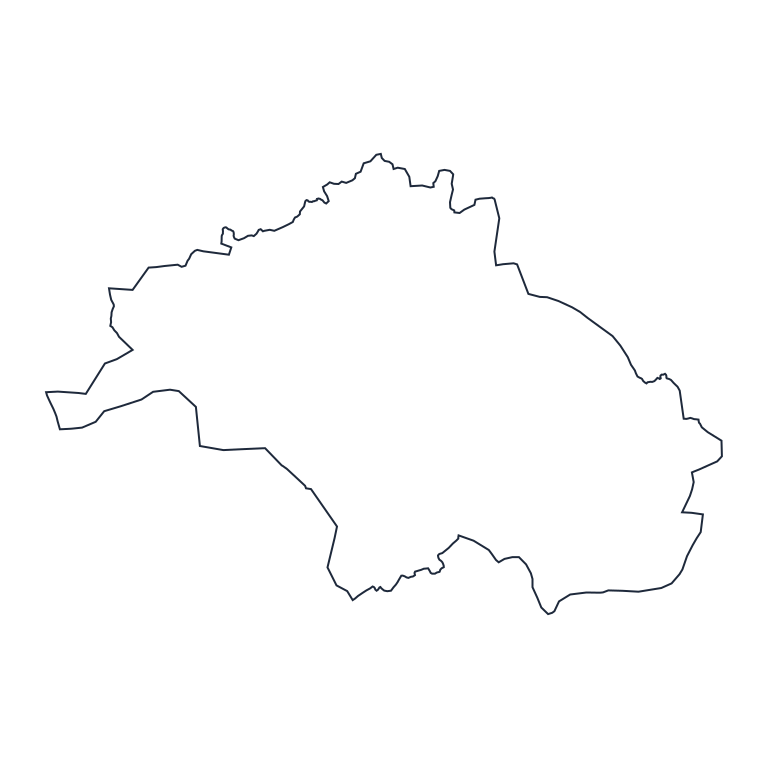 the district of Fakai, Kebbi, Nigeria
{"feature_id": "59680162B55504856664882", "entity_name": "Fakai", "entity_type": "district", "adm_level": 2, "iso_a3": "NGA", "parent_name": "Nigeria", "parent_adm1": "Kebbi", "projection": "mercator", "projection_center": [4.84, 11.54], "detail": "fine", "context": "isolated", "style": "outline", "palette": "slate", "viewbox_px": 768, "rotation_deg": 0, "n_neighbors": 0, "source": "geoboundaries", "source_scale": "gbopen_adm2", "svg_char_len": 4982}
<svg xmlns="http://www.w3.org/2000/svg" viewBox="0 0 768 768"><path d="M46.1,392.2L47.0,395.4L49.0,399.8L50.5,403.0L53.4,408.9L55.2,413.2L56.5,416.6L57.6,421.2L59.9,429.3L69.9,428.8L72.5,428.6L82.1,427.6L95.7,421.8L104.2,411.2L120.9,406.2L141.5,399.5L153.1,391.8L170.0,389.7L178.8,391.1L195.9,406.9L196.7,414.8L199.9,446.0L223.4,450.1L242.0,449.2L262.2,448.3L265.1,448.2L281.7,465.4L282.8,466.0L287.0,469.0L305.1,485.8L306.0,488.3L311.0,489.1L337.0,526.5L334.6,538.0L327.5,567.4L336.5,585.4L347.2,591.1L352.7,600.1L355.1,598.5L358.1,595.9L360.2,594.5L362.4,593.0L366.4,590.4L370.1,588.4L372.6,586.5L373.8,587.0L374.7,588.0L375.4,589.7L376.6,590.7L378.0,589.7L379.5,587.4L380.4,587.0L381.1,588.0L382.3,589.1L384.2,590.6L387.3,591.2L391.0,590.7L393.5,587.3L395.9,584.6L397.8,581.8L397.8,581.7L399.1,579.4L399.7,578.4L401.3,575.7L402.7,575.6L404.7,576.3L406.5,577.4L408.4,577.9L410.9,576.8L412.9,576.5L414.3,575.6L415.0,575.1L414.5,573.0L414.6,572.7L415.1,571.6L416.9,571.1L418.5,570.6L421.0,569.9L423.9,568.7L425.6,568.6L428.1,568.3L428.8,569.4L429.8,571.1L430.7,572.9L431.7,573.4L432.1,573.7L434.9,573.7L436.9,572.5L439.4,571.9L439.6,571.8L440.1,570.4L440.3,569.7L441.6,568.3L443.2,567.5L443.8,567.2L443.7,565.7L443.1,563.9L442.8,563.2L442.3,562.2L441.1,560.9L439.4,559.7L438.4,557.8L438.0,555.8L438.0,555.4L439.3,554.0L442.3,553.1L448.6,548.0L452.9,543.5L456.3,540.6L457.7,539.2L458.3,538.6L458.3,536.9L458.4,536.7L458.6,535.4L473.6,540.7L488.8,550.0L491.8,554.0L496.0,560.0L498.7,562.3L504.5,558.9L512.5,557.1L518.9,557.1L526.1,564.4L526.8,565.7L530.9,573.3L531.2,574.4L532.5,579.0L532.5,582.1L532.5,587.2L537.3,597.7L541.3,607.5L548.1,614.1L552.2,612.8L554.4,611.2L559.0,601.4L570.2,594.5L586.4,592.5L600.0,592.7L603.0,592.4L608.3,590.4L622.6,590.8L638.5,591.7L661.3,588.0L671.6,583.4L679.7,574.0L679.7,573.9L682.4,569.5L687.0,556.2L692.6,545.3L696.7,538.2L700.7,532.1L702.9,514.4L691.6,512.8L685.9,512.5L682.1,512.3L689.9,496.0L692.1,489.3L693.7,482.1L691.9,472.4L694.3,471.4L699.1,469.5L710.0,464.6L717.2,461.4L721.9,456.3L721.5,440.7L707.8,432.2L701.8,427.3L700.0,423.7L699.0,422.7L698.7,421.3L698.5,419.6L696.2,419.3L694.0,419.1L692.1,418.4L690.3,417.9L688.2,418.5L686.4,418.9L683.7,418.7L679.7,390.6L677.6,386.8L674.6,383.9L673.4,382.7L672.1,381.2L670.9,379.9L669.1,379.0L668.0,378.7L666.7,378.3L666.4,377.7L666.4,376.0L666.0,374.8L665.0,373.8L663.2,374.7L661.7,374.6L660.5,375.6L660.3,377.9L660.7,378.2L660.4,378.7L659.7,378.9L659.5,378.5L658.7,378.4L657.4,377.9L655.9,379.6L654.4,381.1L652.3,381.9L650.2,381.8L647.5,382.3L646.5,383.4L645.0,382.6L643.2,381.0L642.0,378.9L641.1,378.3L639.6,377.7L637.5,376.5L635.9,373.3L634.9,370.5L631.0,364.8L627.8,357.2L620.4,345.7L612.6,336.1L587.7,318.0L580.1,312.0L572.1,307.3L558.4,301.0L547.1,297.2L539.8,296.9L528.4,293.9L517.1,264.4L513.6,263.3L503.1,264.2L498.8,264.9L496.1,265.3L494.4,251.6L499.3,218.3L494.6,199.4L493.9,198.5L492.7,198.1L492.0,197.5L490.7,197.8L488.3,198.1L486.2,198.2L479.6,198.7L475.5,199.7L474.4,204.9L464.3,209.6L459.6,213.0L454.4,212.4L454.2,210.4L451.5,209.2L450.3,207.8L450.0,202.2L451.7,194.7L453.0,189.5L451.7,183.8L453.0,175.9L453.2,174.3L450.0,170.9L444.5,169.9L439.2,170.9L437.7,176.2L435.4,181.2L433.3,183.1L433.7,186.8L430.4,187.5L422.2,185.5L410.6,186.2L409.3,176.8L404.8,169.0L397.7,167.7L393.6,169.0L392.5,164.3L389.2,161.8L384.6,160.9L381.8,158.0L380.8,153.9L376.3,154.8L370.4,161.3L363.7,163.3L361.6,169.0L360.6,171.7L355.9,173.8L354.9,178.2L352.4,180.3L346.2,182.9L341.7,181.6L338.5,184.0L334.0,183.8L329.7,182.3L327.2,184.5L322.9,187.0L324.1,191.3L327.1,196.1L328.7,201.1L326.2,203.5L324.4,202.6L322.5,200.3L321.0,199.6L320.1,198.9L318.5,198.5L317.1,198.9L317.3,199.5L316.7,200.4L315.8,200.5L315.0,200.9L313.9,201.3L313.2,201.2L311.9,202.0L310.8,201.8L309.2,201.8L308.4,201.3L307.7,200.4L306.6,200.1L305.6,200.8L305.1,202.0L304.1,206.4L300.0,211.5L299.8,214.3L297.2,216.6L295.0,217.5L293.8,219.5L292.8,222.0L291.7,222.6L288.8,224.2L282.8,227.1L274.3,230.8L269.8,229.8L264.4,230.8L262.9,231.3L260.7,229.2L258.7,229.9L257.8,231.6L256.5,233.7L253.8,236.1L251.7,235.4L248.0,235.8L244.0,238.2L238.5,240.2L236.3,239.3L234.7,238.6L233.9,236.9L233.6,235.7L233.8,234.6L233.8,233.8L233.6,232.2L233.1,231.2L232.3,230.8L231.5,230.5L231.1,230.1L230.3,229.6L229.4,229.5L228.6,229.3L228.0,228.9L227.0,228.1L226.4,227.5L225.4,227.3L224.4,227.6L223.6,228.0L223.2,228.6L222.8,229.1L222.7,229.7L222.8,230.2L223.0,231.0L222.9,232.1L222.9,232.7L222.9,233.7L222.4,234.5L221.9,235.3L221.7,236.2L221.6,241.4L221.3,243.6L231.3,247.4L228.9,254.7L203.3,251.3L197.3,249.9L194.9,250.8L191.2,254.2L189.1,258.8L187.6,260.7L185.5,265.7L181.6,266.8L177.7,264.7L164.6,266.0L156.2,267.1L148.6,267.6L132.6,289.9L109.0,288.3L110.0,294.6L111.2,299.8L113.7,304.5L113.9,306.3L112.7,309.0L111.6,312.3L111.4,315.9L110.8,318.6L111.1,322.2L110.3,325.9L112.4,327.2L114.3,330.3L117.0,333.1L119.0,336.8L132.6,349.9L116.9,359.1L104.9,363.5L85.8,393.9L78.6,393.0L57.9,391.6L46.1,392.2Z" fill="none" stroke="#1e293b" stroke-width="2"/></svg>